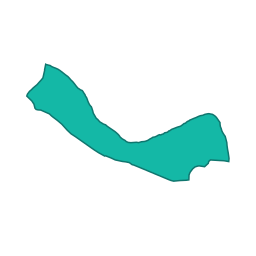 outline of Naqada, Qina, Egypt, rotated 286°
{"feature_id": "37247803B87719226438942", "entity_name": "Naqada", "entity_type": "district", "adm_level": 2, "iso_a3": "EGY", "parent_name": "Egypt", "parent_adm1": "Qina", "projection": "orthographic", "projection_center": [32.741, 25.889], "detail": "fine", "context": "isolated", "style": "filled", "palette": "teal", "viewbox_px": 256, "rotation_deg": 286, "n_neighbors": 0, "source": "geoboundaries", "source_scale": "gbopen_adm2", "svg_char_len": 2330}
<svg xmlns="http://www.w3.org/2000/svg" viewBox="0 0 256 256"><g transform="rotate(286 128 128)"><path d="M123.5,234.1L126.6,233.5L131.7,231.2L134.9,229.6L138.5,228.0L141.2,227.0L144.3,225.2L146.8,223.7L147.7,222.5L149.7,220.3L151.1,219.0L153.2,217.7L154.7,216.5L156.8,215.5L158.6,214.9L162.6,210.0L163.6,208.1L164.4,205.5L164.2,203.4L164.1,201.8L163.5,200.4L162.3,198.1L160.9,196.5L159.8,194.2L158.7,192.7L156.6,190.3L155.6,188.9L153.3,186.1L152.7,185.3L151.5,184.4L151.4,184.4L150.8,183.4L149.7,182.6L148.4,181.9L147.8,180.7L145.8,179.3L144.2,178.0L142.5,175.3L140.9,173.2L138.7,170.3L136.6,168.6L136.4,168.0L134.8,167.1L133.5,164.6L132.0,163.6L131.4,162.5L131.0,162.1L130.3,161.3L130.3,160.3L130.0,159.9L129.6,159.2L127.9,157.6L126.7,156.1L126.0,154.5L124.7,153.4L123.5,152.1L121.9,150.8L120.6,149.2L119.6,147.6L118.5,144.7L116.9,142.3L116.6,140.0L115.7,137.6L115.1,135.9L114.7,134.9L114.2,132.1L114.5,130.0L115.2,128.7L116.0,125.4L117.1,123.0L117.9,122.1L119.0,120.6L120.0,118.6L121.0,116.4L123.1,110.0L123.9,107.6L124.6,106.2L124.9,105.6L125.0,103.3L125.5,101.6L126.1,99.3L127.2,97.5L127.9,96.5L128.5,94.9L129.7,93.6L131.3,92.0L131.8,91.4L132.9,90.4L134.7,89.4L137.1,87.8L138.3,86.9L138.6,86.3L139.8,84.6L141.3,83.2L143.0,81.8L144.1,81.1L145.8,79.8L147.1,78.2L148.3,77.4L149.1,76.3L150.7,74.6L151.4,73.6L151.6,71.6L152.1,70.4L152.4,69.1L153.8,66.9L155.7,64.4L157.3,62.1L157.9,61.0L158.6,59.6L159.6,58.2L160.9,56.0L161.9,53.2L163.0,50.6L164.6,46.5L165.2,44.5L165.6,41.7L165.7,40.0L166.0,37.7L166.6,36.0L166.5,33.4L166.5,31.7L166.6,31.3L160.8,31.8L160.5,32.0L158.2,32.1L154.5,32.3L152.7,32.4L149.9,31.2L147.5,30.0L144.7,28.7L140.4,25.8L138.0,24.5L136.1,23.2L132.8,22.0L130.8,21.9L129.5,24.3L127.5,28.1L124.9,31.1L123.1,32.1L121.3,33.2L120.5,34.6L120.6,36.5L121.2,39.2L121.0,40.6L119.9,48.6L118.6,51.0L117.8,52.9L115.8,58.1L113.4,63.4L109.2,70.1L106.7,74.9L105.1,80.1L102.7,87.0L98.8,98.2L97.5,102.0L96.1,106.7L94.6,113.3L95.1,114.2L94.5,120.2L93.8,124.5L94.3,131.9L94.8,134.9L94.9,136.0L95.1,138.8L93.9,142.1L94.0,143.5L93.4,149.1L89.6,181.4L89.4,183.7L89.5,186.5L91.1,190.6L91.8,192.4L93.8,198.3L94.9,200.8L99.7,199.6L102.5,199.9L106.7,201.5L109.1,203.2L110.6,205.5L111.2,206.8L111.9,212.3L116.2,214.9L118.0,214.8L120.0,216.0L121.9,224.6L123.0,229.3L123.5,234.1Z" fill="#14b8a6" stroke="#0f766e" stroke-width="1.5"/></g></svg>